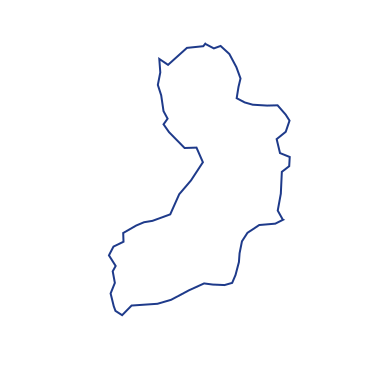 Loukrounou, Paphos, Cyprus (Albers equal-area conic projection), rotated 119°
{"feature_id": "46923920B56770257567799", "entity_name": "Loukrounou", "entity_type": "district", "adm_level": 2, "iso_a3": "CYP", "parent_name": "Cyprus", "parent_adm1": "Paphos", "projection": "albers", "projection_center": [32.469, 34.954], "detail": "fine", "context": "isolated", "style": "outline", "palette": "blue", "viewbox_px": 384, "rotation_deg": 119, "n_neighbors": 0, "source": "geoboundaries", "source_scale": "gbopen_adm2", "svg_char_len": 1031}
<svg xmlns="http://www.w3.org/2000/svg" viewBox="0 0 384 384"><g transform="rotate(119 192 192)"><path d="M55.9,252.3L59.0,252.8L68.4,266.3L92.4,274.6L91.5,285.1L102.8,277.7L114.9,273.8L122.4,265.8L135.1,256.1L139.7,248.9L146.6,249.7L150.8,241.1L153.5,232.0L157.1,219.8L151.0,209.6L160.7,196.9L182.4,198.5L200.1,202.1L222.1,200.2L236.4,212.6L241.7,219.3L248.3,224.5L261.2,232.3L268.7,227.8L277.8,234.2L285.9,234.0L287.7,233.9L293.7,222.9L299.8,222.9L308.9,215.4L320.2,214.0L329.8,205.1L333.1,201.3L333.6,193.4L320.6,189.8L306.5,168.0L296.4,158.0L279.3,146.9L266.1,137.1L262.9,129.0L257.6,118.4L252.0,112.8L243.5,113.7L230.5,117.0L222.5,120.7L210.9,124.4L200.8,123.7L188.3,117.2L179.3,103.8L172.1,98.9L172.1,99.3L166.7,108.0L150.4,113.5L130.8,123.2L122.3,119.5L114.0,123.5L115.3,133.9L104.7,143.6L93.9,139.2L82.3,141.3L78.9,147.6L74.7,159.2L80.0,168.2L86.2,181.2L88.1,189.3L88.3,198.4L77.5,202.3L69.2,204.6L61.3,213.7L53.2,226.2L50.4,237.8L55.8,242.5L56.0,252.0L55.9,252.3Z" fill="none" stroke="#1e3a8a" stroke-width="2"/></g></svg>